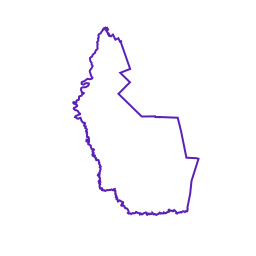 outline of Acuña, Coahuila, Mexico, rotated 245°
{"feature_id": "50627088B18038735195258", "entity_name": "Acuña", "entity_type": "district", "adm_level": 2, "iso_a3": "MEX", "parent_name": "Mexico", "parent_adm1": "Coahuila", "projection": "albers", "projection_center": [-102.149, 29.425], "detail": "fine", "context": "isolated", "style": "outline", "palette": "violet", "viewbox_px": 256, "rotation_deg": 245, "n_neighbors": 0, "source": "geoboundaries", "source_scale": "gbopen_adm2", "svg_char_len": 5663}
<svg xmlns="http://www.w3.org/2000/svg" viewBox="0 0 256 256"><g transform="rotate(245 128 128)"><path d="M180.6,154.9L209.2,157.8L209.7,159.2L209.7,157.2L213.4,157.2L213.4,153.9L218.5,153.9L218.5,153.3L218.9,153.4L218.3,151.4L218.9,151.0L218.8,150.6L219.2,149.9L219.9,149.8L220.1,150.2L220.7,149.9L220.7,150.4L221.5,150.4L221.5,150.0L222.5,150.0L222.5,149.7L224.1,149.7L225.5,149.4L225.5,151.4L227.5,151.5L227.5,150.1L228.5,150.0L228.5,148.1L228.4,148.0L227.7,148.3L227.6,148.0L227.5,147.3L227.8,146.8L227.3,146.4L225.8,143.7L225.4,143.3L225.3,141.5L224.8,140.5L224.1,140.2L223.6,140.3L223.4,140.2L222.8,139.9L222.6,139.5L221.8,139.2L221.6,138.5L220.7,138.4L219.5,137.8L219.1,136.6L218.5,136.1L217.1,136.1L216.4,135.7L216.2,135.3L214.1,134.4L213.1,134.2L212.6,133.8L212.2,133.2L212.3,132.5L211.8,131.5L209.9,129.6L209.8,129.1L209.8,128.4L209.3,127.0L208.0,125.8L207.7,123.6L207.5,123.1L204.9,122.2L204.4,122.2L202.5,122.5L202.0,122.4L200.8,121.8L199.6,122.2L199.1,122.1L197.7,120.4L196.3,117.9L195.4,117.2L190.4,116.6L188.5,117.0L188.1,116.6L188.0,115.9L188.2,114.5L188.6,113.6L189.7,111.9L188.8,107.7L189.2,106.3L189.1,105.5L188.7,105.1L187.8,104.7L187.3,104.7L187.0,105.0L186.0,106.2L186.4,108.0L186.2,109.5L185.0,111.3L184.5,111.2L183.9,110.8L183.2,109.8L182.9,107.5L183.1,106.2L184.1,103.9L183.9,102.4L182.2,101.4L180.5,101.5L179.6,101.1L179.3,101.4L178.7,102.6L178.4,102.8L178.2,102.7L177.9,101.9L177.8,100.7L176.9,99.5L177.2,97.7L177.2,97.1L176.8,96.7L175.4,96.1L174.5,95.5L174.4,94.9L174.7,93.8L174.6,93.0L174.2,92.7L173.4,92.4L172.8,91.8L172.8,91.1L174.1,90.4L174.4,90.0L174.4,89.4L174.0,89.0L173.6,89.0L172.9,89.3L170.7,91.3L169.7,91.4L169.3,91.1L169.2,89.8L168.9,89.1L169.1,87.6L168.7,87.1L168.0,87.0L166.5,87.7L165.9,88.7L164.3,89.9L162.6,89.8L161.6,90.5L161.0,90.6L160.7,90.2L160.9,88.4L160.8,87.4L161.1,86.1L160.6,84.9L160.2,84.5L159.4,85.4L158.9,85.7L158.2,85.8L157.8,86.3L157.3,87.2L157.5,87.6L157.5,88.7L157.3,89.3L155.3,89.1L154.4,88.8L153.2,89.3L152.2,89.2L151.6,89.8L151.5,90.4L150.6,91.1L149.8,90.6L149.5,89.8L149.1,89.6L148.9,89.2L147.9,89.4L147.6,89.8L147.4,90.4L146.9,90.3L146.4,89.4L146.1,89.2L145.3,89.8L144.1,90.2L143.9,90.0L143.2,88.7L142.8,88.6L142.2,89.2L141.8,89.2L141.3,89.0L141.0,88.3L139.8,88.5L139.6,88.2L137.8,87.2L137.2,87.1L136.8,87.3L136.7,88.0L136.5,88.3L135.0,88.2L134.3,87.8L134.0,86.8L134.1,86.6L134.8,86.0L135.0,85.6L133.7,84.7L133.2,84.8L132.9,85.1L133.0,85.7L133.6,86.8L133.5,87.2L133.1,87.4L131.9,86.9L130.8,85.7L130.7,85.3L130.2,85.1L129.9,85.2L128.9,86.2L128.1,86.7L127.6,86.5L127.2,86.7L126.4,86.3L124.5,86.2L124.1,86.5L123.5,87.6L122.9,88.0L122.4,87.6L122.5,86.8L122.2,86.1L121.2,85.8L120.4,86.5L120.1,86.5L119.5,86.0L119.3,85.3L119.4,85.0L119.2,84.6L118.3,84.3L117.7,84.3L117.6,84.9L117.7,85.3L117.5,86.1L117.1,86.4L116.8,86.2L116.5,85.5L116.2,85.3L114.5,86.3L114.2,86.2L113.8,85.7L113.3,85.8L112.5,85.6L112.2,85.7L112.0,86.1L112.2,86.9L111.9,87.2L111.5,87.1L111.2,87.7L110.9,87.7L110.6,87.5L108.9,87.5L108.6,87.3L108.5,86.9L108.0,86.8L107.8,86.6L106.8,87.0L106.1,86.7L105.4,86.9L105.1,86.7L104.7,86.9L104.5,86.4L104.6,86.0L104.3,85.7L103.9,85.8L103.4,86.2L102.0,85.6L101.4,84.8L100.4,84.4L100.3,83.9L99.7,83.1L98.5,83.1L98.3,82.6L98.6,81.9L98.6,81.5L98.3,80.9L97.8,80.6L97.4,80.8L97.2,81.7L96.9,82.0L96.5,81.9L95.9,81.2L95.6,81.1L94.3,81.5L93.4,80.6L92.2,80.6L92.1,80.3L92.3,79.4L92.0,78.8L91.7,78.9L91.4,80.0L90.6,80.1L90.3,79.8L90.5,79.0L90.2,78.4L89.8,78.4L89.1,78.9L88.6,79.0L88.0,78.0L87.2,77.8L86.7,77.3L85.7,77.4L85.3,77.1L84.7,77.2L84.4,77.8L84.6,78.6L84.5,78.9L83.7,79.0L83.5,78.4L82.8,78.2L82.6,78.7L81.9,79.0L81.7,80.1L81.0,80.4L80.5,80.9L80.7,82.0L80.7,82.5L80.0,83.7L79.7,85.1L79.2,86.0L79.3,87.1L78.0,88.0L78.3,88.5L78.5,89.2L78.3,90.3L78.1,90.2L77.6,89.5L77.2,89.4L76.6,89.9L76.2,90.0L75.9,89.5L74.9,89.4L73.7,88.6L73.3,89.0L72.4,88.5L71.4,88.8L71.0,88.1L70.6,87.8L70.2,88.1L70.0,88.6L69.2,88.7L69.1,87.9L68.6,87.5L67.4,88.1L65.6,87.8L65.5,88.1L65.5,88.3L66.3,88.9L66.0,89.8L64.0,91.0L63.3,91.8L62.7,92.2L62.0,91.7L62.0,91.0L61.2,89.6L60.9,89.2L60.6,89.1L60.0,89.7L60.3,90.7L60.1,91.0L59.6,90.9L58.7,91.7L57.8,91.4L57.2,91.5L56.9,91.8L56.4,91.7L55.4,93.1L54.7,93.3L53.2,93.4L51.8,93.2L51.1,92.8L51.0,92.0L50.3,92.2L50.1,92.5L49.7,93.9L49.3,94.1L49.1,94.6L48.7,94.6L48.9,96.5L48.0,97.4L47.9,98.7L48.5,99.7L48.2,100.2L47.5,100.3L47.0,100.8L46.6,101.7L46.1,102.2L45.6,102.6L45.3,102.5L45.5,102.9L45.3,103.4L44.9,103.7L44.2,103.6L44.2,103.9L43.8,104.3L43.7,104.8L44.0,105.5L44.1,106.2L44.0,107.5L43.8,108.0L43.9,108.5L43.3,109.1L41.9,108.4L41.4,108.5L41.1,108.8L41.7,110.6L41.3,111.4L41.0,111.2L40.6,111.3L40.6,112.0L40.2,112.7L40.2,113.3L40.4,113.7L40.9,114.1L40.3,114.2L39.9,114.7L38.9,114.6L38.7,115.0L38.9,115.4L38.8,115.8L38.3,116.2L38.2,116.5L37.2,116.9L37.2,117.3L37.4,117.7L37.3,119.0L37.6,119.3L37.3,120.1L37.9,121.0L37.6,121.2L36.9,121.2L36.6,121.4L36.5,122.2L36.6,122.6L35.8,123.5L35.5,124.2L35.7,124.8L36.1,125.0L35.0,125.7L35.0,126.8L34.8,127.0L35.3,128.7L34.7,129.5L34.8,129.7L35.4,129.8L35.4,130.4L36.1,130.2L36.7,130.4L36.7,130.6L36.4,131.0L36.0,130.8L35.5,131.0L34.7,131.9L34.6,133.0L34.0,133.2L33.5,133.5L33.5,134.6L34.0,134.9L34.1,135.2L31.9,136.1L30.8,136.0L30.4,135.7L29.7,136.4L30.1,137.2L30.0,138.0L29.6,138.9L29.7,139.5L29.3,140.1L29.4,140.5L28.9,140.7L28.8,140.9L29.1,141.5L29.3,142.6L29.0,143.2L28.5,143.5L28.2,144.0L27.8,144.1L27.8,144.5L28.2,145.2L27.5,146.1L27.5,146.5L27.8,146.9L28.4,146.9L29.3,147.9L30.0,147.9L30.6,148.1L42.2,156.6L53.2,163.2L70.3,178.9L71.7,177.3L76.4,168.4L102.5,174.7L116.3,177.4L124.8,160.9L124.6,160.9L126.4,157.4L127.1,157.5L132.6,145.3L163.0,133.8L168.6,149.1L181.3,144.3L180.6,154.9Z" fill="none" stroke="#5b21b6" stroke-width="2"/></g></svg>